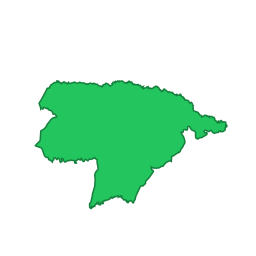 Boende, Équateur, Democratic Republic of the Congo, rotated 157°
{"feature_id": "63176286B77918114228452", "entity_name": "Boende", "entity_type": "district", "adm_level": 2, "iso_a3": "COD", "parent_name": "Democratic Republic of the Congo", "parent_adm1": "Équateur", "projection": "natural_earth1", "projection_center": [20.931, -0.493], "detail": "fine", "context": "isolated", "style": "filled", "palette": "green", "viewbox_px": 256, "rotation_deg": 157, "n_neighbors": 0, "source": "geoboundaries", "source_scale": "gbopen_adm2", "svg_char_len": 5807}
<svg xmlns="http://www.w3.org/2000/svg" viewBox="0 0 256 256"><g transform="rotate(157 128 128)"><path d="M101.2,80.3L98.9,84.8L97.0,84.7L90.9,85.9L90.8,85.5L90.1,85.7L89.1,86.2L88.1,87.4L84.8,89.3L83.7,90.4L81.3,92.2L80.6,94.8L80.3,98.0L81.0,102.8L80.6,103.4L79.9,102.7L79.1,102.6L77.6,104.5L76.8,104.6L74.5,103.0L73.5,103.8L72.9,105.4L72.4,106.0L71.7,105.9L70.9,105.3L70.5,103.6L70.7,103.0L70.3,102.5L70.3,101.7L69.7,100.7L69.1,100.5L67.9,98.7L67.6,97.6L67.9,96.6L69.1,94.1L69.3,92.6L69.3,91.9L68.0,90.5L66.2,91.0L63.2,90.3L62.1,90.8L61.4,90.7L58.0,91.2L57.5,91.7L57.3,92.8L57.5,93.1L58.0,93.1L58.1,92.7L59.3,93.9L59.1,95.3L57.6,95.7L57.0,95.3L55.5,93.4L54.6,93.2L52.9,93.5L52.4,93.1L51.8,90.9L50.8,89.5L47.2,89.0L46.6,88.6L45.3,89.4L44.5,89.4L44.1,89.2L44.0,88.2L41.7,87.6L39.4,88.2L38.1,90.7L36.9,90.5L36.2,91.0L36.0,92.1L36.2,92.4L36.7,92.1L37.0,92.2L35.8,95.2L37.5,96.3L38.5,96.2L38.9,96.5L39.0,98.1L39.3,98.5L40.3,98.4L41.3,97.1L41.9,99.0L42.3,99.1L43.2,97.5L43.5,97.5L44.3,100.3L45.0,101.4L44.5,102.8L44.7,103.4L44.6,104.1L45.9,104.7L46.3,105.9L47.7,106.1L48.4,107.0L49.0,106.2L50.0,107.9L50.4,108.3L50.8,108.2L50.8,108.7L52.1,109.7L52.6,109.8L53.4,109.2L53.8,109.2L54.7,109.7L55.7,109.3L55.9,111.1L57.0,112.1L56.8,112.8L57.3,113.6L57.4,115.0L60.6,117.8L60.9,119.6L60.3,120.5L59.8,122.5L59.2,123.1L59.5,124.4L59.3,125.3L59.6,126.8L59.9,127.0L60.7,126.6L61.7,127.5L61.6,129.3L61.9,129.7L63.9,131.3L64.7,131.5L64.6,132.9L65.4,133.8L64.8,134.4L66.4,136.4L66.3,138.0L66.5,138.5L67.1,138.7L67.5,138.0L67.8,138.0L68.9,138.5L70.1,139.9L70.8,139.0L71.5,140.1L72.6,141.2L72.8,142.3L73.3,142.7L73.4,143.6L74.7,143.8L75.8,145.3L76.7,145.2L77.6,146.1L77.9,147.1L78.8,148.5L79.5,148.9L79.2,149.4L79.4,149.7L80.0,149.7L80.3,149.1L81.2,149.0L81.6,148.3L82.9,148.5L83.1,149.0L82.9,149.9L83.2,150.5L84.1,151.0L83.9,152.1L84.1,153.3L84.4,153.8L84.9,154.0L84.9,154.7L86.1,155.7L87.5,155.2L88.2,155.5L89.0,154.9L91.2,155.1L91.8,155.9L92.7,156.1L92.9,156.6L93.7,156.3L93.8,156.6L93.3,158.2L94.7,158.3L96.4,158.0L97.2,158.4L98.9,158.4L99.0,159.1L97.8,160.2L98.9,160.2L99.7,160.6L99.7,161.5L100.2,162.6L100.9,162.6L101.8,163.3L101.6,163.9L104.3,165.0L105.0,165.9L106.0,165.7L106.2,166.7L106.8,167.2L106.4,167.9L106.8,168.9L107.9,169.0L108.1,169.9L108.5,170.5L108.9,169.8L109.5,170.4L109.8,170.0L110.5,170.2L110.8,169.7L111.4,170.0L111.7,170.6L112.5,170.1L113.5,170.9L113.6,171.4L115.0,173.6L116.2,173.8L117.6,174.6L118.3,174.1L118.5,174.9L119.0,175.3L120.8,175.0L121.2,175.7L122.1,174.8L122.6,175.7L123.5,175.9L125.2,175.2L124.7,174.9L125.3,174.0L127.8,173.5L129.5,176.7L130.9,177.8L132.1,177.0L132.8,177.4L134.3,177.3L134.8,176.4L135.9,176.0L136.4,177.2L137.2,177.4L138.6,178.4L139.1,180.2L140.6,181.0L141.8,182.5L143.3,182.2L143.5,182.9L145.5,184.1L148.3,184.0L148.7,184.9L149.5,184.7L150.3,186.0L151.1,186.8L152.3,187.1L154.8,189.1L156.0,188.7L157.3,189.0L158.8,190.4L159.2,191.1L163.5,191.6L164.7,192.1L165.0,193.3L166.1,192.4L166.6,192.4L166.9,193.3L168.2,194.1L168.2,194.9L169.0,195.5L170.0,195.1L170.5,195.4L172.2,194.9L172.3,195.8L173.1,196.4L173.4,197.7L174.0,197.3L174.3,197.5L174.3,198.7L174.8,198.7L175.1,199.0L175.4,198.3L175.9,198.0L177.8,198.5L178.9,198.4L182.5,197.6L184.8,195.6L186.2,196.0L187.1,196.0L189.2,194.0L196.8,187.9L199.9,185.8L200.3,185.1L200.4,181.7L200.9,179.5L199.9,180.1L199.0,178.7L198.8,178.7L197.8,179.8L197.3,179.9L195.5,177.8L194.2,177.5L194.1,175.9L192.9,174.6L191.5,173.7L191.5,172.3L191.2,170.8L191.6,170.1L189.8,169.4L189.3,167.4L189.3,166.2L190.7,166.1L191.7,166.6L194.2,166.4L195.8,165.8L199.9,163.4L200.5,163.3L203.3,160.9L206.1,159.8L209.4,159.4L213.7,150.9L214.9,150.2L218.8,148.7L220.2,147.8L215.4,143.3L215.3,141.2L215.7,135.8L215.5,134.4L214.9,133.1L213.1,131.9L213.0,131.5L213.4,129.9L212.0,128.5L210.9,126.2L210.0,127.6L208.7,127.7L208.1,129.1L207.3,129.4L206.5,128.8L205.9,126.8L205.6,126.7L204.5,127.4L203.9,127.4L203.6,127.0L203.3,125.7L203.7,123.5L203.4,122.7L201.8,123.0L201.5,123.5L201.2,125.8L200.7,125.9L200.0,125.1L199.8,124.1L199.9,122.5L199.5,121.4L198.8,121.2L195.8,121.5L194.4,120.7L193.5,121.1L191.9,119.8L190.4,119.3L190.1,118.4L190.6,116.9L190.5,116.4L190.1,116.1L189.2,115.9L189.3,117.5L188.8,118.3L187.1,118.3L186.0,119.0L185.2,117.9L184.3,117.2L183.4,118.2L182.8,118.3L182.5,117.6L182.8,116.0L182.2,114.6L181.2,114.5L180.2,115.7L179.7,115.7L178.9,115.3L178.2,113.9L177.6,113.5L175.8,114.5L174.6,113.7L171.7,113.4L171.0,113.5L170.8,114.0L170.5,114.0L170.1,113.5L169.9,112.3L168.8,110.9L169.8,108.8L171.4,102.0L172.2,101.1L173.0,101.1L174.8,100.1L176.8,98.1L178.5,93.1L181.5,87.2L186.8,80.7L186.9,80.1L191.1,74.4L191.4,74.0L192.8,73.5L193.1,73.1L194.3,69.9L193.4,69.5L193.8,68.6L193.2,68.3L192.1,68.8L192.0,69.7L191.4,69.1L190.8,69.4L190.5,69.0L189.9,69.5L189.2,68.9L188.3,70.2L186.9,70.4L185.8,71.3L185.8,70.5L185.3,69.7L184.7,69.8L184.2,70.4L184.4,69.0L183.3,68.9L183.6,68.1L183.1,68.1L182.9,69.2L182.5,69.6L181.6,69.2L180.7,68.1L180.3,68.1L180.0,68.5L180.5,69.4L180.5,70.0L179.9,70.0L179.2,70.4L178.2,70.1L177.9,70.5L177.0,69.8L176.1,70.2L174.3,69.6L172.3,69.9L171.9,70.5L171.5,70.5L171.1,70.1L170.3,71.0L169.9,70.9L169.4,69.4L168.5,69.9L167.3,70.1L167.3,69.7L163.9,69.5L163.3,69.0L163.9,68.2L163.1,68.3L162.3,67.5L161.6,67.5L161.1,68.4L160.3,67.7L161.0,65.9L160.1,64.6L160.1,63.6L159.2,63.6L158.9,62.8L157.9,62.5L157.7,61.8L158.2,61.8L158.2,60.6L157.1,60.5L156.7,60.0L157.4,59.7L157.4,59.4L156.8,59.3L156.0,60.1L154.5,60.2L153.2,59.2L152.6,57.0L152.0,57.2L151.4,58.1L149.5,59.3L147.3,62.3L139.3,69.5L136.5,68.9L134.6,69.8L134.2,69.8L133.5,70.3L132.3,72.4L130.3,72.9L127.5,74.3L121.8,77.8L121.5,78.4L121.9,79.7L122.3,80.0L122.5,80.9L122.3,81.9L121.6,82.3L121.6,82.8L120.6,81.4L117.0,79.7L114.6,79.2L113.5,79.3L112.5,79.7L111.7,79.6L110.9,79.0L108.4,80.5L105.4,81.5L102.1,81.5L101.2,80.3Z" fill="#22c55e" stroke="#15803d" stroke-width="1.5"/></g></svg>